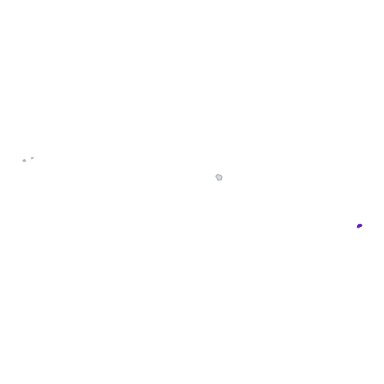 Utwe, Kosrae, Federated States of Micronesia shown in context
{"feature_id": "79324940B42296922872793", "entity_name": "Utwe", "entity_type": "district", "adm_level": 2, "iso_a3": "FSM", "parent_name": "Federated States of Micronesia", "parent_adm1": "Kosrae", "projection": "orthographic", "projection_center": [162.945, 5.291], "detail": "fine", "context": "in_parent", "style": "outline", "palette": "violet", "viewbox_px": 384, "rotation_deg": 0, "n_neighbors": 0, "source": "geoboundaries", "source_scale": "gbopen_adm2", "svg_char_len": 1312}
<svg xmlns="http://www.w3.org/2000/svg" viewBox="0 0 384 384"><path d="M221.5,179.5L219.7,180.2L217.6,179.9L216.9,177.4L215.9,176.8L216.2,175.6L217.7,174.6L220.9,175.4L222.1,177.2L221.3,178.3L221.5,179.5ZM25.3,161.0L25.1,161.4L23.3,161.2L23.0,161.0L23.2,160.8L24.1,160.7L24.2,160.1L23.7,160.0L24.1,159.7L24.8,159.7L25.2,160.0L25.4,160.5L25.3,161.0ZM360.4,224.7L360.7,226.1L358.8,225.4L358.5,224.9L359.6,224.4L360.4,224.7ZM32.2,158.6L31.7,158.7L31.6,157.8L31.8,157.6L32.2,157.5L33.1,157.8L32.2,158.6Z" fill="#d9dde1" stroke="#a8b0b8" stroke-width="1"/><path d="M360.4,225.0L360.2,225.0L359.9,225.2L359.9,225.3L359.7,225.3L359.4,225.3L359.2,225.4L359.1,225.5L358.9,225.7L358.7,225.7L358.4,225.8L358.2,225.9L358.2,226.0L358.2,225.9L358.1,226.0L358.1,225.9L358.1,226.0L358.3,226.2L358.5,226.2L358.5,226.3L358.8,226.3L359.0,226.4L359.1,226.5L359.3,226.4L359.5,226.4L359.8,226.3L359.8,226.2L359.7,226.2L359.7,226.3L359.4,226.4L359.2,226.4L358.9,226.4L359.0,226.3L359.3,226.3L359.4,226.2L359.5,226.2L359.5,226.3L359.6,226.2L359.6,226.3L359.6,226.2L359.8,226.0L359.9,225.9L359.9,226.0L360.0,226.0L360.1,226.3L360.3,226.4L360.3,226.5L360.3,226.4L360.5,226.2L360.8,226.0L360.9,225.9L361.0,225.7L360.9,225.7L360.9,225.4L360.8,225.1L360.7,225.1L360.4,225.0L360.4,225.0Z" fill="none" stroke="#5b21b6" stroke-width="2"/></svg>